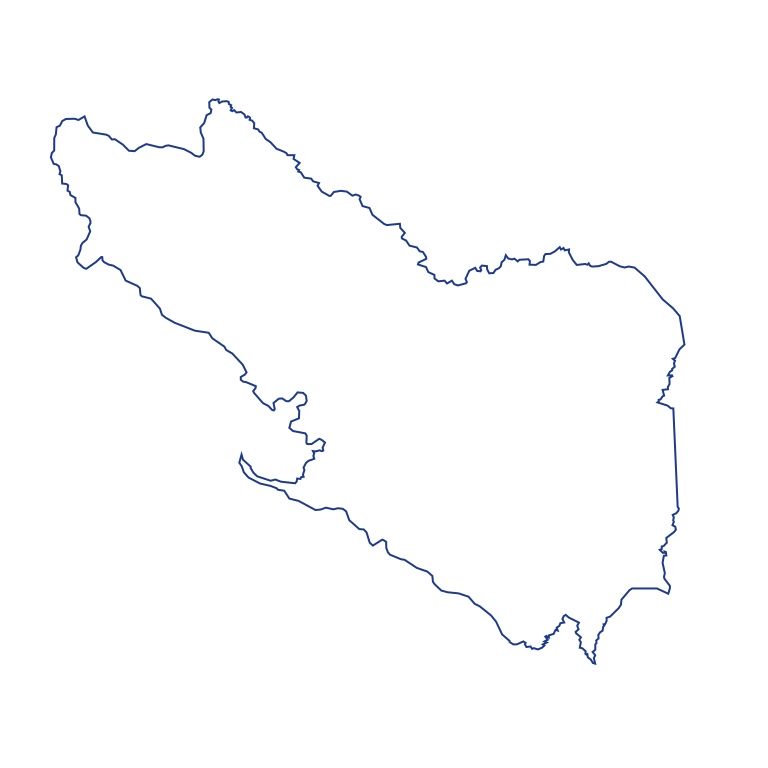 Norosi, Bolívar, Colombia, rotated 83°
{"feature_id": "7082276B10852217630154", "entity_name": "Norosi", "entity_type": "district", "adm_level": 2, "iso_a3": "COL", "parent_name": "Colombia", "parent_adm1": "Bolívar", "projection": "natural_earth1", "projection_center": [-74.124, 8.493], "detail": "fine", "context": "isolated", "style": "outline", "palette": "blue", "viewbox_px": 768, "rotation_deg": 83, "n_neighbors": 0, "source": "geoboundaries", "source_scale": "gbopen_adm2", "svg_char_len": 6113}
<svg xmlns="http://www.w3.org/2000/svg" viewBox="0 0 768 768"><g transform="rotate(83 384 384)"><path d="M81.9,648.6L84.7,655.0L83.0,658.9L82.2,667.4L83.8,671.3L88.1,674.2L89.2,677.7L96.3,679.3L99.6,681.3L112.1,682.9L114.3,685.6L118.5,687.0L125.3,685.0L126.0,682.6L128.1,680.2L133.7,679.3L136.1,680.5L137.6,678.4L145.8,679.0L146.8,674.8L148.3,673.3L153.5,674.6L155.0,672.5L158.3,672.2L161.7,667.6L165.9,668.1L172.7,665.2L178.2,665.5L179.5,664.3L180.6,659.2L183.6,656.2L186.3,655.6L188.4,655.7L191.9,658.0L196.7,657.0L204.3,661.5L207.2,666.0L209.8,668.0L213.8,669.0L219.1,671.8L220.7,674.2L225.9,673.4L232.0,668.1L233.4,665.5L227.8,655.0L223.5,649.1L223.7,648.2L227.0,648.3L229.0,646.9L232.0,642.6L233.5,638.4L238.8,631.6L249.9,627.8L256.5,616.9L259.0,614.7L266.0,614.8L267.4,613.8L270.9,604.8L281.9,597.2L288.2,596.0L291.7,592.5L297.8,584.2L308.0,565.3L311.8,551.7L317.8,548.8L327.4,537.9L331.1,536.4L335.3,530.8L347.6,521.9L355.7,519.0L357.7,520.9L359.6,525.3L362.4,525.6L364.6,523.3L365.2,520.9L370.5,511.5L372.4,512.0L375.1,514.7L377.1,514.0L388.3,506.4L391.6,501.5L396.2,498.1L396.8,496.5L395.6,495.5L389.4,496.0L385.8,490.3L385.9,486.8L389.2,483.0L389.5,480.4L386.3,475.5L381.8,470.8L383.0,465.3L386.0,462.9L391.4,462.8L393.9,464.6L394.8,465.7L395.1,470.3L396.3,473.0L400.5,471.4L407.7,472.6L409.9,480.8L416.0,483.3L419.6,480.0L423.4,468.1L425.7,467.0L432.8,468.2L434.2,467.6L434.8,463.3L430.5,455.0L431.6,453.0L434.9,449.7L439.7,452.7L442.6,452.4L443.1,453.7L442.0,456.1L442.6,460.0L441.9,462.7L444.5,461.8L446.8,462.9L449.7,462.3L451.1,468.4L452.8,471.0L457.1,474.0L459.8,473.5L464.1,475.5L466.3,475.1L466.3,477.5L468.0,478.5L467.3,481.7L470.2,482.6L471.7,484.3L468.4,498.2L465.6,503.4L466.2,508.3L460.2,521.1L456.1,524.4L451.2,526.6L449.8,526.4L441.9,533.2L436.7,534.0L444.5,537.2L448.4,535.2L454.5,533.9L460.4,529.8L467.7,519.1L471.3,509.1L474.3,503.4L476.0,502.2L477.8,496.0L486.2,491.9L489.6,483.1L500.7,467.4L500.9,462.5L499.7,456.6L502.2,449.7L501.7,444.8L502.9,440.0L505.8,437.1L514.9,435.1L525.0,426.2L525.9,421.8L529.2,419.4L539.8,417.5L543.0,414.7L538.3,404.7L538.7,403.7L541.0,401.1L547.1,401.7L551.6,400.6L554.2,398.8L560.0,388.5L561.0,385.0L570.5,373.9L575.5,363.8L580.4,359.4L586.3,359.5L588.8,358.2L596.0,352.3L598.5,346.1L600.9,335.5L605.4,326.0L613.2,320.8L616.4,316.0L626.8,305.9L633.6,301.7L646.9,297.3L654.3,290.7L655.5,290.7L658.2,287.4L658.6,283.8L656.5,277.1L658.2,275.0L659.5,275.9L662.4,274.7L662.4,270.5L664.9,269.3L664.4,267.6L666.2,263.6L665.0,259.3L663.1,256.7L661.8,258.1L660.5,254.0L659.1,256.2L657.8,252.7L654.4,254.7L653.9,253.5L655.8,251.3L653.6,251.0L652.7,246.1L648.9,243.7L649.9,241.6L646.9,242.3L645.5,239.5L642.9,238.1L642.7,234.2L639.0,235.5L636.3,233.9L635.3,231.8L638.4,228.9L644.6,219.6L647.5,221.7L651.2,220.8L653.4,224.0L654.8,223.7L659.4,219.4L661.7,221.3L664.3,220.1L669.6,221.8L670.5,219.3L673.9,216.4L676.3,217.0L677.2,216.2L676.8,215.1L680.2,215.0L682.6,212.4L686.4,210.6L687.3,208.5L681.6,209.1L679.0,207.4L675.4,209.6L673.6,206.7L668.2,206.0L667.1,204.7L664.4,204.6L662.8,202.1L659.1,201.8L656.7,199.7L655.5,197.1L651.5,196.0L650.7,194.8L649.3,195.3L649.2,193.7L646.2,191.9L643.2,191.6L642.4,187.9L635.1,178.4L631.9,175.7L627.0,174.6L618.5,165.4L617.2,162.7L620.2,138.0L626.8,127.4L621.5,125.1L619.1,124.9L611.4,129.4L609.6,129.6L605.9,128.3L595.5,129.3L588.6,127.2L588.6,124.7L585.1,124.7L584.5,125.9L585.7,125.8L585.6,127.8L582.2,130.5L581.7,128.5L579.1,128.1L579.0,126.3L575.9,122.6L571.2,122.6L566.3,114.2L564.2,112.1L561.1,112.3L559.3,114.9L556.1,113.1L554.5,113.6L551.9,112.6L549.1,113.4L547.9,109.7L545.7,107.3L543.5,106.5L541.8,107.5L443.5,99.8L443.1,102.2L440.0,105.2L435.6,114.8L434.7,113.4L433.2,113.3L433.0,111.4L430.2,109.0L429.7,107.4L423.8,108.2L423.8,102.8L421.5,102.6L418.9,100.6L412.7,100.0L411.4,96.8L410.5,97.1L410.1,101.2L406.6,98.6L405.6,96.3L404.3,96.3L402.2,93.3L398.8,93.7L396.4,92.3L394.2,94.3L393.7,91.8L385.6,86.5L381.5,81.0L352.7,82.2L344.2,87.8L334.0,97.1L309.0,112.1L299.0,121.1L297.2,127.0L297.7,130.9L295.9,135.6L290.3,143.7L290.1,145.8L291.9,148.8L293.2,156.9L292.8,163.1L291.8,165.0L289.2,166.1L290.4,167.5L289.4,169.7L289.3,178.2L284.0,181.5L275.9,184.5L273.0,183.9L273.4,188.3L270.9,189.2L272.1,191.9L269.6,192.9L273.1,198.1L275.1,203.1L274.7,207.9L276.5,209.5L281.9,211.0L282.0,213.7L284.3,218.7L283.3,225.0L279.7,224.2L277.8,225.5L277.2,234.5L278.6,236.3L275.5,239.3L275.9,241.8L274.6,245.4L271.0,247.4L275.4,249.4L277.5,252.4L281.5,253.8L283.1,255.8L284.2,259.3L287.2,261.9L286.9,266.1L282.9,267.6L279.5,267.5L278.4,272.4L280.1,274.4L282.9,273.6L283.9,274.5L283.1,277.8L279.8,279.3L282.0,285.6L289.6,290.3L292.9,289.3L294.0,290.2L295.2,298.6L293.5,302.1L289.7,304.0L291.9,309.2L288.8,311.3L288.7,317.6L285.4,321.0L281.8,320.7L278.4,326.3L273.0,328.1L269.5,335.7L267.6,334.8L265.0,326.9L263.1,326.7L257.7,329.3L256.6,332.4L252.5,334.7L249.8,341.8L244.3,344.6L241.7,348.5L240.1,348.5L236.5,344.9L231.1,348.8L226.9,348.7L226.6,361.8L225.2,364.3L214.7,374.8L207.5,377.0L204.8,383.6L197.6,385.7L195.4,384.4L193.9,386.0L192.5,388.9L193.2,392.4L188.5,397.5L187.0,403.4L187.3,410.3L190.7,413.9L190.8,415.1L185.4,422.4L179.1,425.8L176.6,424.0L174.2,429.7L171.3,431.2L169.5,438.0L163.7,440.8L162.7,443.2L161.3,442.2L160.3,444.0L158.0,445.1L154.3,440.8L149.6,446.3L146.0,445.1L145.1,451.9L143.1,452.6L141.2,455.1L137.4,462.0L130.2,467.2L126.4,471.5L119.6,474.8L118.4,476.8L116.0,477.9L114.3,481.9L109.3,481.0L106.5,482.8L105.4,485.2L103.5,484.5L102.5,485.2L101.7,486.5L102.8,487.7L102.6,488.9L99.6,489.6L96.6,492.7L96.5,497.4L93.9,499.4L94.7,501.4L93.7,502.8L91.4,501.2L90.2,502.5L88.7,501.7L87.2,503.8L85.0,503.8L84.1,505.7L83.9,510.4L85.1,513.2L83.6,513.9L81.5,513.2L81.1,514.4L81.7,517.0L80.7,519.5L83.0,523.1L88.6,523.6L90.5,521.9L94.0,523.0L95.6,527.3L103.1,530.7L106.9,535.1L112.0,535.2L118.5,533.3L131.0,534.6L134.2,536.3L136.0,539.3L134.4,543.8L131.1,547.1L126.5,553.9L120.9,568.8L121.0,572.0L122.1,574.7L121.7,578.0L116.9,590.7L119.7,598.5L122.5,603.1L121.4,608.7L114.5,614.1L108.3,621.2L108.1,624.3L104.2,626.9L102.7,629.2L98.9,642.3L91.4,646.5L81.9,648.6Z" fill="none" stroke="#1e3a8a" stroke-width="2"/></g></svg>